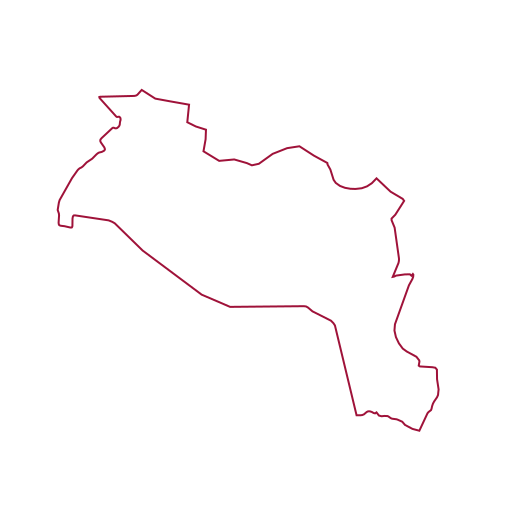 map outline of Sila (orthographic projection), rotated 10°
{"feature_id": "TCD-5582", "entity_name": "Sila", "entity_type": "Prefecture", "adm_level": 1, "iso_a3": "TCD", "parent_name": "Chad", "parent_adm1": "", "projection": "orthographic", "projection_center": [21.327, 12.006], "detail": "fine", "context": "isolated", "style": "outline", "palette": "rose", "viewbox_px": 512, "rotation_deg": 10, "n_neighbors": 0, "source": "natural_earth", "source_scale": "10m", "svg_char_len": 2443}
<svg xmlns="http://www.w3.org/2000/svg" viewBox="0 0 512 512"><g transform="rotate(10 256 256)"><path d="M407.5,392.0L404.8,391.8L401.8,389.1L400.6,390.3L399.1,390.2L397.2,389.5L395.1,389.2L393.4,389.5L392.1,390.4L389.8,393.2L388.2,394.2L386.2,394.8L382.7,395.4L345.8,310.7L343.9,308.7L341.1,306.7L321.2,300.7L316.1,297.7L314.1,297.0L311.9,297.1L239.3,310.6L209.2,303.5L143.4,270.3L111.2,248.3L108.4,247.3L104.7,246.5L70.8,247.4L69.5,247.7L69.0,248.4L68.8,249.2L68.8,251.0L70.0,258.4L69.9,259.2L69.7,259.8L69.0,260.1L68.1,260.2L62.2,259.9L58.7,260.1L57.6,260.0L56.8,259.7L56.2,258.8L55.8,257.4L55.0,250.2L54.5,248.4L52.7,245.1L52.6,237.6L52.9,235.0L61.3,211.2L65.3,202.7L65.9,201.7L66.7,200.7L67.2,200.2L67.7,199.8L68.2,199.5L69.0,198.8L70.0,197.7L73.0,193.2L77.8,188.6L81.1,183.8L81.9,182.8L82.8,181.9L83.3,181.5L83.9,181.2L86.0,180.3L88.0,178.8L88.5,178.0L88.7,177.4L88.6,177.0L88.4,176.4L87.7,175.3L83.6,171.2L82.8,170.1L82.6,169.4L82.6,168.3L83.5,166.7L92.2,155.1L92.9,154.5L93.6,154.4L94.3,154.5L95.0,154.7L96.0,154.6L97.0,154.1L98.3,152.5L98.8,151.4L99.0,150.3L98.8,147.5L99.0,145.5L98.8,144.5L98.5,143.7L98.1,143.2L97.6,142.9L97.1,142.6L96.6,142.7L95.4,143.1L94.8,143.2L94.1,142.9L75.3,128.2L74.3,127.3L74.1,126.6L75.0,126.2L108.3,119.5L109.6,119.0L110.2,118.7L111.2,117.8L114.6,112.3L129.5,118.5L144.0,118.6L163.8,118.6L165.1,136.2L174.3,138.9L184.8,140.3L186.1,149.8L186.1,162.0L203.2,168.7L217.8,164.7L230.9,166.1L236.2,167.4L242.8,164.7L254.7,152.5L267.9,144.4L279.7,140.4L295.6,147.1L310.1,152.0L310.6,153.5L314.2,157.9L319.2,167.5L321.9,170.2L326.5,172.4L331.8,173.4L337.3,173.4L342.3,172.7L348.4,170.9L353.3,168.1L357.5,164.1L361.2,158.6L377.4,169.3L390.6,174.3L392.3,176.0L386.0,191.2L383.0,195.6L383.3,197.2L387.6,204.0L397.2,233.5L397.5,235.0L397.6,236.6L397.5,238.3L394.3,252.8L395.1,252.5L395.9,252.1L397.3,251.0L405.7,248.3L410.7,247.3L412.5,248.4L413.6,246.5L414.2,247.1L414.4,249.2L414.0,251.5L411.7,258.3L404.7,299.1L405.3,305.4L407.9,311.6L411.9,317.2L416.6,321.7L421.1,323.9L431.5,327.4L434.9,330.5L435.3,331.7L435.3,335.7L436.6,336.3L449.0,334.9L452.0,334.9L453.9,336.5L455.7,345.9L459.0,355.7L459.1,357.5L459.4,361.3L458.8,363.7L456.7,368.3L455.9,370.7L455.5,373.3L455.4,376.0L455.1,377.4L453.0,379.7L452.2,381.1L447.2,399.7L440.1,399.1L432.1,396.5L428.8,393.8L424.0,392.6L422.8,392.4L418.2,392.6L416.9,392.3L414.4,391.1L413.4,390.8L410.3,391.2L407.5,392.0Z" fill="none" stroke="#9f1239" stroke-width="2"/></g></svg>